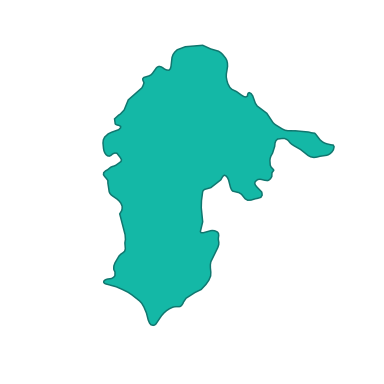 map outline of Batna (Equal Earth projection), rotated 299°
{"feature_id": "DZA-2216", "entity_name": "Batna", "entity_type": "Province", "adm_level": 1, "iso_a3": "DZA", "parent_name": "Algeria", "parent_adm1": "", "projection": "equal_earth", "projection_center": [5.884, 35.34], "detail": "fine", "context": "isolated", "style": "filled", "palette": "teal", "viewbox_px": 384, "rotation_deg": 299, "n_neighbors": 0, "source": "natural_earth", "source_scale": "10m", "svg_char_len": 3430}
<svg xmlns="http://www.w3.org/2000/svg" viewBox="0 0 384 384"><g transform="rotate(299 192 192)"><path d="M213.5,98.4L214.8,97.8L214.8,95.6L214.3,94.1L214.2,92.5L214.4,91.8L218.4,88.8L223.8,90.6L225.3,91.5L230.8,92.9L241.7,91.6L258.8,97.7L261.3,97.6L264.2,97.1L266.2,94.6L267.4,94.0L268.9,94.4L272.7,98.1L274.5,99.3L276.6,99.9L283.4,100.7L284.6,101.2L285.9,102.3L286.5,104.3L286.5,106.2L286.2,108.4L286.4,110.6L287.3,112.8L289.3,113.3L291.8,112.7L300.0,109.3L303.0,108.8L306.0,109.1L309.2,110.1L315.8,115.7L325.5,130.2L326.2,139.0L328.0,146.9L327.8,149.6L327.2,152.0L325.3,156.6L323.9,158.7L321.9,160.5L319.1,162.2L311.9,164.8L309.2,166.2L306.6,168.3L304.2,170.7L301.8,174.4L301.1,177.1L301.4,182.5L300.7,188.3L300.6,191.2L301.2,193.0L302.8,194.0L304.6,193.3L305.9,193.3L306.7,194.0L306.7,196.0L305.5,198.5L300.4,204.3L298.8,207.3L297.1,219.3L292.0,229.1L291.4,231.3L291.2,233.5L290.9,240.4L291.1,243.4L292.0,246.0L295.8,253.1L301.0,265.0L301.7,267.8L302.9,270.8L302.5,272.2L299.7,278.7L299.1,281.8L299.1,284.2L299.5,286.6L300.7,290.8L301.5,292.7L300.5,294.3L299.6,294.6L297.5,295.2L295.0,295.0L292.7,294.3L290.7,293.2L289.4,292.0L285.3,286.6L283.1,284.3L281.3,281.9L280.3,278.8L280.2,275.9L281.8,266.3L281.9,258.8L282.1,256.1L282.5,254.2L283.7,251.2L283.9,249.8L283.7,247.0L282.3,244.6L279.8,241.2L277.6,240.5L275.0,240.9L272.0,242.2L265.1,243.6L261.7,243.6L259.5,244.0L257.4,244.8L253.4,247.4L252.2,249.0L251.1,252.3L250.8,252.8L250.4,253.0L247.9,252.6L247.4,252.7L244.2,254.3L241.6,254.2L239.6,253.4L238.7,252.7L238.2,251.6L237.4,249.5L236.8,247.2L236.1,245.2L234.8,243.5L233.1,242.7L231.4,242.3L230.0,242.7L228.8,244.0L227.8,246.4L225.8,252.9L225.0,253.7L223.2,254.9L220.7,254.8L218.2,252.4L216.7,250.6L213.5,247.5L211.8,244.7L211.8,241.8L214.0,236.4L214.2,233.5L212.5,227.1L213.1,225.5L214.7,223.4L220.2,218.2L221.6,216.3L222.5,214.3L222.4,212.2L221.4,211.6L219.4,211.3L216.6,211.3L205.0,206.4L200.3,201.7L198.7,201.1L197.4,201.2L189.0,204.5L182.8,207.7L171.1,215.8L161.4,218.5L160.8,219.6L161.8,221.6L167.3,227.2L168.1,228.3L168.9,230.1L169.2,231.4L169.3,233.7L168.6,235.2L167.0,236.4L164.2,237.5L162.9,238.3L160.9,239.9L158.9,240.9L155.9,241.5L140.1,242.3L137.3,243.3L134.5,244.9L131.0,247.3L127.6,249.0L123.0,249.5L118.0,249.0L111.2,247.3L105.5,243.3L96.2,238.3L91.4,237.9L90.1,238.1L88.0,237.9L86.7,237.5L86.1,237.1L85.5,236.4L83.9,233.5L83.0,232.2L81.9,231.0L79.0,228.9L76.0,227.3L72.6,226.1L69.0,225.3L58.9,224.4L57.6,223.8L56.7,222.9L56.3,221.8L56.0,220.4L56.8,218.4L58.9,215.7L64.1,210.8L68.1,205.7L70.3,202.0L71.3,199.0L72.9,189.4L73.3,184.7L73.0,178.3L72.4,171.8L69.8,161.2L69.7,159.7L70.2,158.6L71.2,158.1L72.5,158.4L73.6,159.1L74.8,160.2L77.2,163.4L77.8,163.9L79.5,164.8L81.4,165.2L84.6,163.5L85.1,162.9L86.2,161.3L87.4,160.5L89.5,159.5L92.7,159.0L100.7,159.2L103.2,159.9L105.3,161.0L107.5,161.8L109.9,161.3L114.9,158.0L118.2,156.8L122.2,154.2L137.8,139.4L141.8,139.5L143.7,138.9L145.7,137.8L147.8,135.1L148.8,132.7L149.5,129.8L150.0,124.6L150.3,122.6L151.0,120.9L152.0,119.5L158.9,114.2L161.3,112.8L162.3,110.6L163.2,108.1L164.2,106.2L166.1,105.4L168.5,106.1L170.8,107.5L174.3,108.9L175.7,110.0L177.1,111.4L178.8,112.6L184.2,115.1L186.0,114.7L187.4,112.5L189.5,107.5L188.6,105.5L186.8,104.1L184.6,103.3L183.3,102.3L182.7,100.6L183.0,98.7L184.0,96.7L185.4,95.0L187.3,93.4L191.7,90.4L194.6,89.2L197.7,89.0L202.2,90.5L205.3,92.7L211.0,97.7L213.5,98.4Z" fill="#14b8a6" stroke="#0f766e" stroke-width="1.5"/></g></svg>